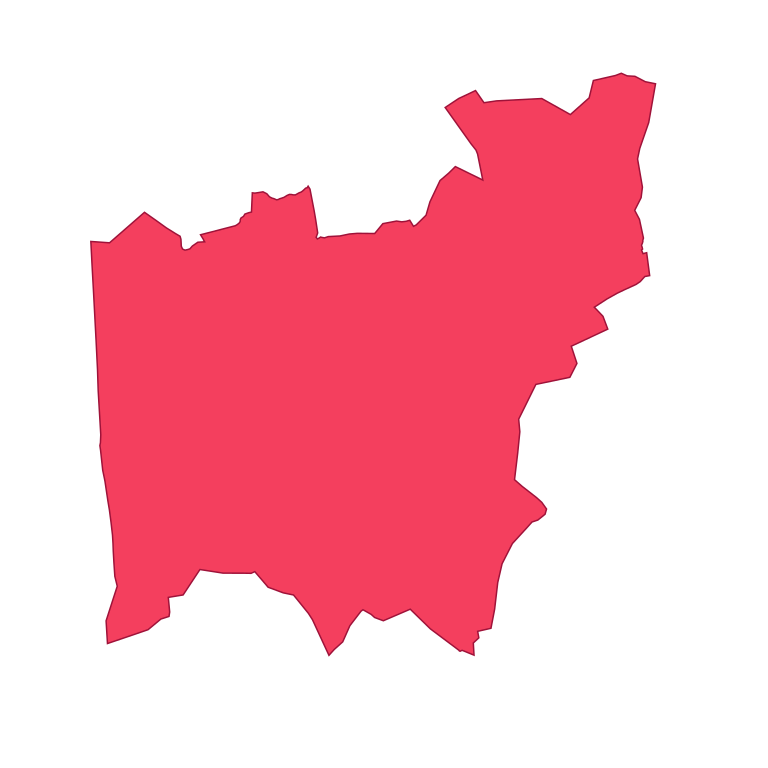 Sule Tankarkar, Jigawa, Nigeria, rotated 263°
{"feature_id": "59680162B44120553871969", "entity_name": "Sule Tankarkar", "entity_type": "district", "adm_level": 2, "iso_a3": "NGA", "parent_name": "Nigeria", "parent_adm1": "Jigawa", "projection": "albers", "projection_center": [9.243, 12.628], "detail": "fine", "context": "isolated", "style": "filled", "palette": "rose", "viewbox_px": 768, "rotation_deg": 263, "n_neighbors": 0, "source": "geoboundaries", "source_scale": "gbopen_adm2", "svg_char_len": 2828}
<svg xmlns="http://www.w3.org/2000/svg" viewBox="0 0 768 768"><g transform="rotate(263 384 384)"><path d="M581.5,307.6L580.9,304.9L580.6,303.0L580.0,301.5L579.9,299.8L580.7,298.5L581.4,297.3L582.2,295.4L583.8,293.1L587.1,290.9L589.5,287.3L589.3,282.9L589.2,279.1L589.8,276.6L570.8,273.4L570.5,270.5L569.6,266.6L567.5,265.0L566.2,262.3L564.8,261.4L562.8,261.1L561.3,259.8L560.0,257.6L559.2,255.7L554.5,220.1L551.2,221.6L550.7,221.8L549.7,222.3L548.9,222.5L547.0,223.3L547.4,216.5L544.3,210.6L541.8,207.8L541.4,205.7L541.1,202.8L542.5,200.5L545.4,199.6L552.4,200.1L555.5,199.6L558.7,195.4L565.4,187.1L574.1,177.7L583.6,167.2L557.6,128.8L561.2,110.4L537.4,108.7L506.4,106.6L462.0,103.5L442.9,102.1L433.2,101.4L412.2,99.5L368.1,96.7L360.3,95.4L357.5,94.5L352.6,94.6L332.6,94.3L324.2,95.0L321.2,95.2L301.5,95.7L292.3,96.1L280.2,96.2L267.1,96.1L259.1,95.6L251.0,94.9L238.7,94.1L225.9,93.4L215.8,94.6L182.8,79.3L160.1,77.9L165.6,104.3L168.9,119.9L177.9,133.9L179.5,142.3L183.8,143.5L198.5,143.9L199.1,158.9L222.3,178.7L215.9,201.2L213.3,221.9L212.9,224.7L212.3,229.0L213.5,232.9L205.1,238.5L196.4,244.2L189.0,258.5L185.6,268.5L165.6,281.0L158.7,284.3L121.4,296.3L126.6,302.3L133.1,311.6L148.3,320.7L161.3,333.5L162.5,335.6L156.9,343.2L153.4,346.2L149.1,354.5L157.3,382.6L135.3,400.2L110.6,425.9L109.8,426.3L109.5,427.2L110.0,428.5L110.1,429.2L103.9,440.3L116.1,441.1L120.5,447.2L127.1,446.8L128.5,460.4L147.1,466.4L173.1,472.7L191.2,479.3L210.0,492.0L224.0,508.4L229.0,514.1L230.2,520.1L235.1,528.0L240.1,530.1L247.3,526.2L252.5,521.7L265.6,508.6L273.1,501.9L299.2,508.3L320.0,513.0L332.7,513.4L345.9,522.1L365.1,534.7L368.0,569.3L380.9,578.0L398.7,574.5L411.2,612.8L424.5,609.6L434.6,602.1L441.2,615.6L445.6,626.3L448.3,634.3L452.1,646.3L454.4,650.8L457.2,654.0L458.9,656.0L459.2,660.9L482.3,660.7L481.8,657.0L485.6,655.9L486.4,657.1L488.9,656.8L489.7,656.5L490.7,656.7L492.2,657.6L493.9,658.3L495.1,658.4L497.2,659.3L516.3,657.6L525.8,654.0L533.1,658.9L537.6,661.9L547.9,664.5L576.5,663.1L586.7,666.6L611.2,678.6L648.9,690.1L652.2,680.2L658.8,670.6L660.2,662.9L663.5,657.4L662.0,651.3L659.7,628.8L643.0,622.5L628.7,601.8L648.1,575.4L651.3,530.1L651.0,517.5L664.1,510.6L658.3,493.0L651.0,478.4L611.7,499.7L605.0,503.8L600.9,504.9L574.4,506.9L591.1,481.3L585.4,473.9L579.1,464.4L559.2,451.8L546.4,446.3L538.0,435.4L536.9,432.5L543.4,429.5L542.8,425.8L542.8,421.4L544.2,416.3L543.3,402.4L534.5,393.1L536.8,375.8L537.1,367.9L536.3,358.3L537.1,346.6L536.3,342.7L536.7,341.5L537.1,340.1L537.6,339.0L537.3,338.4L536.6,337.0L536.1,335.5L537.1,335.0L537.8,334.5L542.0,336.6L555.9,336.2L564.2,335.8L586.4,334.3L589.6,332.8L588.2,331.7L587.9,330.0L586.8,328.6L585.4,326.6L584.6,325.1L584.1,323.0L583.4,321.3L582.5,319.1L582.8,316.9L583.4,315.2L583.7,313.2L583.0,310.8L581.5,307.6Z" fill="#f43f5e" stroke="#9f1239" stroke-width="1.5"/></g></svg>